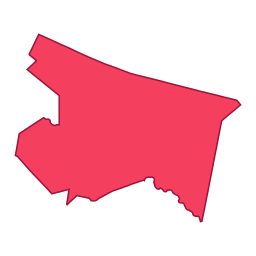 Juárez, Coahuila, Mexico (Robinson projection)
{"feature_id": "50627088B80737433558791", "entity_name": "Juárez", "entity_type": "district", "adm_level": 2, "iso_a3": "MEX", "parent_name": "Mexico", "parent_adm1": "Coahuila", "projection": "robinson", "projection_center": [-100.615, 27.664], "detail": "fine", "context": "isolated", "style": "filled", "palette": "rose", "viewbox_px": 256, "rotation_deg": 0, "n_neighbors": 0, "source": "geoboundaries", "source_scale": "gbopen_adm2", "svg_char_len": 3590}
<svg xmlns="http://www.w3.org/2000/svg" viewBox="0 0 256 256"><path d="M200.5,221.6L202.0,221.2L202.6,217.7L204.4,209.0L204.8,206.9L205.8,202.0L205.9,201.6L206.3,199.4L207.9,191.4L209.1,185.2L209.7,181.9L210.2,179.6L210.8,176.6L211.7,172.0L212.5,167.9L213.0,165.2L213.6,162.0L214.5,157.6L214.5,157.3L215.2,153.9L215.6,151.7L216.6,147.0L217.4,142.6L218.3,137.9L219.0,134.4L220.9,124.8L221.7,120.8L221.8,120.7L223.1,119.6L225.7,117.3L231.1,112.8L233.7,110.7L236.0,108.7L237.5,107.5L240.6,104.8L236.9,100.3L228.2,98.1L226.9,97.9L226.0,97.6L225.1,97.4L222.8,96.8L220.4,96.2L218.3,95.6L212.0,94.1L211.1,93.9L202.8,91.8L202.1,91.7L198.7,90.9L197.1,90.4L188.6,88.2L186.9,87.8L182.8,86.8L175.6,84.9L173.6,84.4L171.5,83.9L170.2,83.5L164.7,82.1L164.1,81.9L153.9,79.3L148.6,78.0L143.0,76.6L140.0,75.9L131.0,73.6L128.5,72.7L118.0,68.7L110.8,66.0L109.9,65.7L103.7,63.5L103.6,63.4L93.7,59.2L88.7,57.1L80.4,53.4L78.0,52.3L71.0,48.9L58.3,43.3L57.7,43.0L45.2,37.3L39.2,34.6L38.7,34.4L32.9,46.5L32.0,48.4L31.8,48.9L31.2,50.1L29.4,53.8L29.3,54.1L29.2,54.7L36.3,60.5L34.8,62.4L27.1,69.5L59.2,95.6L59.2,104.7L59.2,123.6L59.3,124.8L58.9,124.9L57.3,124.7L56.9,124.7L56.7,124.8L55.7,125.3L53.2,125.2L52.7,124.8L51.6,124.2L50.1,122.4L50.2,121.7L50.3,120.9L49.8,120.4L49.6,119.8L48.8,119.3L48.3,119.1L46.7,119.3L45.8,119.1L44.0,118.0L43.7,117.7L39.7,120.2L34.9,123.3L30.3,126.4L19.2,133.7L16.7,148.4L15.4,155.3L15.4,155.5L17.6,156.5L21.3,160.7L27.9,168.2L30.3,170.9L31.8,172.5L43.1,184.4L43.3,184.6L47.3,188.8L51.8,193.8L52.4,193.6L56.2,192.7L57.4,192.3L57.6,192.3L60.1,191.7L64.7,190.5L69.1,189.3L68.1,195.6L68.1,195.8L67.0,202.5L66.7,204.2L67.1,204.7L70.5,201.5L76.8,195.6L84.7,197.3L87.7,197.9L87.9,198.0L88.2,197.7L88.8,198.2L89.5,198.7L90.0,199.2L90.5,199.6L90.8,199.8L91.0,200.7L93.7,200.9L95.7,200.6L96.8,200.1L97.3,199.6L98.7,198.5L112.4,191.1L128.5,185.5L130.9,184.4L143.7,180.1L144.3,180.6L144.7,179.6L145.5,178.3L145.9,178.0L146.2,177.7L147.0,177.3L147.8,177.2L150.8,177.2L151.3,177.1L151.5,177.1L151.9,177.1L152.0,177.1L152.3,177.1L152.6,177.2L152.8,177.4L152.9,177.5L153.2,177.7L153.7,177.8L153.8,177.9L153.8,178.0L154.0,178.2L154.0,178.3L154.3,179.0L154.3,179.7L154.2,180.8L154.2,181.2L154.0,181.6L153.7,182.0L154.1,183.0L154.4,184.0L154.6,184.4L154.8,185.9L155.7,187.5L156.4,188.2L157.4,188.9L158.5,189.2L159.0,189.2L159.4,188.9L159.5,188.6L159.7,188.4L160.0,188.3L160.2,188.2L160.4,188.1L160.6,188.1L161.1,188.6L162.1,189.1L162.6,189.6L163.0,190.1L163.2,190.4L163.4,190.8L163.8,191.1L164.1,191.4L164.4,191.6L165.1,191.7L165.8,191.7L166.6,191.4L166.9,191.0L167.0,190.8L167.0,190.3L167.2,190.1L167.6,190.1L168.6,190.1L169.3,190.0L170.6,190.1L171.0,190.1L171.4,190.2L172.0,190.8L172.2,191.2L172.4,191.6L172.7,192.4L172.8,192.7L173.1,192.9L173.6,193.3L173.9,193.7L174.5,194.0L175.0,194.2L175.5,194.6L176.5,195.0L177.3,195.2L178.2,196.0L178.6,196.4L178.6,196.8L178.9,197.4L179.3,198.0L179.4,198.6L179.4,198.9L179.2,199.3L178.9,200.0L178.7,200.3L178.5,200.6L178.7,201.5L178.8,201.9L179.0,202.2L179.3,202.4L179.6,202.6L180.5,202.9L181.0,202.9L181.7,202.9L182.0,202.9L182.4,202.9L182.8,202.9L183.1,203.0L183.7,203.6L184.0,204.0L184.2,204.4L184.4,204.6L184.5,205.0L184.5,205.6L184.8,206.2L185.2,206.7L185.6,207.8L186.2,208.7L186.7,209.2L187.1,209.7L187.6,209.9L188.0,209.9L188.3,209.9L188.8,210.1L189.3,210.4L190.1,211.0L190.8,211.3L191.7,211.9L192.5,212.5L192.8,213.1L192.9,213.9L192.9,214.3L193.0,214.4L193.3,214.9L193.4,215.3L193.7,215.6L194.2,215.7L194.6,215.8L195.8,216.4L196.7,216.3L197.7,216.3L198.5,216.3L198.8,216.5L199.1,217.0L200.5,221.6Z" fill="#f43f5e" stroke="#9f1239" stroke-width="1.5"/></svg>